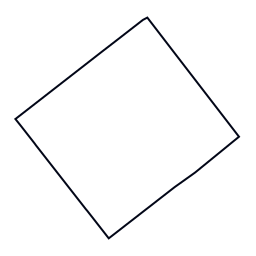 outline of Montgomery, Kansas, United States of America, rotated 52°
{"feature_id": "52423323B48873576903419", "entity_name": "Montgomery", "entity_type": "district", "adm_level": 2, "iso_a3": "USA", "parent_name": "United States of America", "parent_adm1": "Kansas", "projection": "albers", "projection_center": [-95.74, 37.193], "detail": "fine", "context": "isolated", "style": "outline", "palette": "ink", "viewbox_px": 256, "rotation_deg": 52, "n_neighbors": 0, "source": "geoboundaries", "source_scale": "gbopen_adm2", "svg_char_len": 602}
<svg xmlns="http://www.w3.org/2000/svg" viewBox="0 0 256 256"><g transform="rotate(52 128 128)"><path d="M201.7,45.9L101.4,45.2L52.9,44.8L52.0,49.7L51.9,82.3L51.8,101.0L51.6,211.2L61.0,211.1L64.0,211.1L70.1,211.1L81.5,211.1L82.1,211.1L82.6,211.1L85.0,211.2L105.2,211.2L112.5,211.2L118.7,211.2L121.7,211.2L126.3,211.2L127.9,211.2L136.0,211.2L137.1,211.2L138.7,211.2L143.4,211.2L146.9,211.2L151.1,211.2L154.5,211.2L166.2,211.2L168.2,211.1L171.1,211.1L172.4,211.1L185.6,211.1L199.0,211.1L203.1,211.1L203.3,127.6L204.4,102.6L203.2,45.9L201.7,45.9Z" fill="none" stroke="#020617" stroke-width="2"/></g></svg>